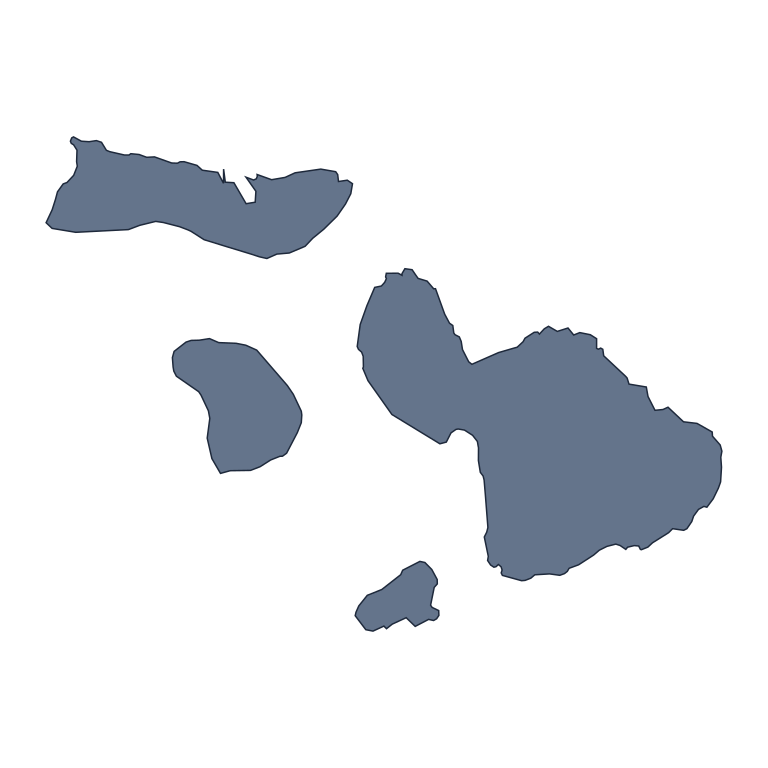 Maui, Hawaii, United States of America (Equal Earth projection)
{"feature_id": "52423323B70973006487009", "entity_name": "Maui", "entity_type": "district", "adm_level": 2, "iso_a3": "USA", "parent_name": "United States of America", "parent_adm1": "Hawaii", "projection": "equal_earth", "projection_center": [-156.639, 20.866], "detail": "fine", "context": "isolated", "style": "filled", "palette": "slate", "viewbox_px": 768, "rotation_deg": 0, "n_neighbors": 0, "source": "geoboundaries", "source_scale": "gbopen_adm2", "svg_char_len": 3487}
<svg xmlns="http://www.w3.org/2000/svg" viewBox="0 0 768 768"><path d="M357.2,346.5L358.5,349.4L361.6,352.1L363.2,356.3L363.4,366.9L362.8,368.3L368.0,380.7L391.9,414.5L439.9,443.8L446.3,442.1L451.0,432.9L456.0,429.4L458.2,429.0L464.5,430.1L472.6,435.3L477.4,441.5L478.1,445.8L478.5,447.8L478.4,460.5L480.3,472.3L483.1,476.0L484.1,480.0L485.3,494.2L487.9,527.5L486.7,532.2L484.3,537.0L488.3,556.4L487.6,560.5L490.6,565.0L493.9,567.2L496.0,566.7L498.4,564.5L501.1,566.8L501.4,567.8L502.1,570.0L501.2,572.9L502.4,575.4L521.6,580.7L525.1,580.4L530.8,578.2L534.8,574.8L549.5,573.9L559.8,575.3L564.5,573.6L567.3,571.4L569.1,568.3L578.6,564.8L588.5,558.4L593.7,555.0L599.3,550.2L606.9,546.4L615.8,544.1L620.1,545.5L625.8,549.4L627.6,547.2L634.2,545.6L638.7,546.0L640.4,549.4L641.4,549.7L647.9,547.1L652.5,542.8L668.6,532.7L672.6,528.7L683.7,530.3L686.9,528.7L691.8,521.5L693.6,516.1L698.5,509.4L703.9,506.4L706.9,507.2L713.2,498.8L718.4,488.1L720.6,481.9L721.5,467.2L720.8,457.3L721.9,451.2L720.2,445.0L712.5,436.2L712.2,432.0L697.0,423.4L683.5,421.8L668.0,407.2L663.0,409.5L655.0,410.3L648.0,396.5L646.3,387.0L629.0,384.1L627.1,378.0L625.7,376.4L603.7,355.8L602.8,349.3L600.7,348.1L598.3,349.2L596.6,348.4L596.6,338.7L590.3,334.7L579.8,332.6L573.7,335.0L568.0,328.0L557.3,331.4L548.5,326.3L544.3,328.8L539.4,334.1L537.7,332.1L534.2,332.3L525.0,338.2L523.1,341.7L517.2,347.2L512.9,348.4L498.5,352.6L484.4,358.8L471.9,364.3L469.1,362.1L468.7,361.8L462.5,349.6L461.2,341.4L459.3,336.9L455.0,334.7L453.8,333.0L452.8,325.5L449.5,323.2L444.7,314.2L435.5,288.7L433.7,288.8L427.1,281.1L418.1,278.4L415.7,275.0L412.1,269.7L404.9,268.7L402.0,273.6L402.0,275.3L398.1,273.2L386.3,273.3L385.6,276.9L386.4,278.6L384.7,282.3L381.4,286.0L374.7,287.4L366.9,305.7L360.2,324.5L357.2,346.5ZM197.0,165.4L184.1,161.7L180.1,161.8L177.4,163.2L171.7,163.0L154.5,156.9L146.7,157.3L139.1,154.5L130.8,153.7L129.0,155.0L124.4,155.0L109.9,151.7L106.4,150.3L101.5,142.3L96.4,140.6L89.1,141.7L81.4,141.2L73.5,136.9L71.7,137.9L70.4,141.2L71.3,143.4L73.6,144.8L77.0,150.2L76.6,161.7L77.3,166.2L73.7,175.3L67.0,182.5L63.2,183.9L57.5,191.8L55.5,199.3L52.2,209.7L46.1,222.7L52.1,228.4L75.7,232.3L128.4,229.6L139.8,225.3L155.7,221.4L163.3,222.5L179.6,226.7L188.0,229.9L191.0,231.3L204.1,239.7L227.8,247.0L250.8,254.0L259.4,256.8L266.9,258.5L276.8,254.1L289.3,253.0L305.1,246.3L312.8,238.2L323.8,229.2L337.1,216.1L345.5,204.0L350.8,193.7L352.5,183.7L347.3,180.2L338.5,181.5L337.7,174.6L335.7,171.7L320.8,169.1L295.1,172.8L285.1,177.4L271.6,179.7L257.1,174.5L257.3,176.3L256.3,178.8L253.6,180.0L246.0,177.2L255.9,191.3L255.2,202.2L246.1,203.7L233.9,182.7L225.3,182.2L223.6,169.1L223.5,183.3L217.8,172.4L202.3,170.2L197.0,165.4ZM172.4,357.6L173.1,367.0L173.8,371.1L176.4,376.2L198.7,391.7L201.0,395.1L208.4,410.8L209.8,418.4L207.2,438.1L211.9,458.6L220.5,473.4L230.2,470.7L250.5,470.4L260.1,466.7L270.6,460.0L279.9,456.3L282.5,456.2L286.6,453.2L297.3,432.7L301.3,422.7L301.8,415.0L301.3,411.2L293.3,394.3L287.3,385.5L256.7,350.1L245.8,345.2L236.1,343.3L218.7,342.6L209.5,338.6L199.2,340.2L191.2,340.4L186.0,342.1L174.1,351.4L172.4,357.6ZM356.0,612.2L355.2,615.7L365.8,629.7L373.0,631.1L383.9,626.1L386.5,628.7L392.3,624.1L406.2,617.7L415.2,626.4L428.6,619.4L433.6,620.5L436.6,618.8L438.9,615.4L438.7,610.6L432.1,607.4L430.6,605.2L434.2,587.4L437.3,583.9L437.2,579.5L431.8,569.5L424.9,562.5L419.9,561.4L402.7,570.2L400.7,574.7L381.8,589.5L367.3,595.3L358.8,605.9L356.0,612.2Z" fill="#64748b" stroke="#1e293b" stroke-width="1.5"/></svg>